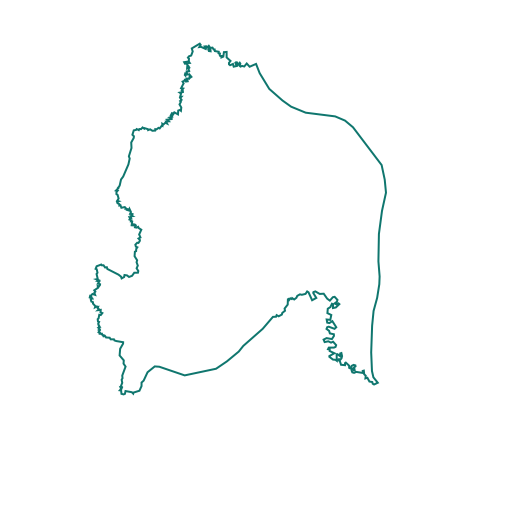 outline of Rattanawapi, Nong Khai, Thailand, rotated 112°
{"feature_id": "78962969B97368388626717", "entity_name": "Rattanawapi", "entity_type": "district", "adm_level": 2, "iso_a3": "THA", "parent_name": "Thailand", "parent_adm1": "Nong Khai", "projection": "mercator", "projection_center": [103.26, 18.207], "detail": "fine", "context": "isolated", "style": "outline", "palette": "teal", "viewbox_px": 512, "rotation_deg": 112, "n_neighbors": 0, "source": "geoboundaries", "source_scale": "gbopen_adm2", "svg_char_len": 6103}
<svg xmlns="http://www.w3.org/2000/svg" viewBox="0 0 512 512"><g transform="rotate(112 256 256)"><path d="M321.9,396.3L325.2,399.9L328.0,399.9L328.0,398.7L330.9,396.7L332.4,397.1L336.6,394.1L337.4,395.3L337.4,392.7L338.6,393.6L338.4,391.8L340.7,392.2L340.6,390.0L341.3,389.8L343.3,390.3L343.1,391.5L344.7,390.6L348.4,393.1L349.3,391.6L350.6,392.1L352.3,390.6L352.5,393.4L354.6,394.3L355.9,393.0L355.4,394.8L356.8,394.6L356.8,392.1L358.4,392.8L359.9,391.6L359.9,389.9L361.2,389.3L362.7,386.1L363.9,386.0L362.4,384.7L362.9,384.0L362.4,383.3L363.7,383.2L364.2,381.6L365.4,382.2L364.1,379.8L366.4,379.1L366.5,377.1L368.9,377.8L369.2,379.3L372.8,378.6L373.9,379.1L375.9,378.0L375.9,376.8L378.1,376.9L379.8,374.9L379.8,375.5L381.3,374.5L381.7,375.1L382.5,373.5L383.4,374.0L383.5,373.0L385.6,373.4L385.6,372.1L387.5,371.9L386.4,371.7L385.8,369.8L386.5,369.6L386.6,368.1L387.4,368.8L386.6,367.1L387.4,366.9L386.8,365.8L387.7,364.5L386.6,361.1L387.7,359.5L386.5,356.5L387.3,355.6L387.2,353.7L385.7,346.9L387.1,346.4L392.9,347.2L399.3,345.2L402.3,339.5L405.4,338.5L407.4,335.5L417.0,335.2L419.3,334.0L421.1,334.2L423.7,332.5L427.2,332.5L427.8,331.0L429.1,331.0L429.0,332.0L429.7,331.3L431.5,331.9L431.2,330.7L434.2,329.1L433.9,326.9L432.9,325.9L430.1,326.4L428.8,320.1L429.6,318.3L428.5,318.4L424.6,313.6L419.5,313.4L416.2,314.7L413.7,313.5L404.4,313.0L396.3,308.5L394.9,304.2L393.4,277.4L375.5,250.8L364.6,243.5L351.1,236.2L344.1,234.1L321.0,222.5L306.1,217.5L304.8,214.7L303.1,214.7L303.4,212.4L300.6,210.1L298.9,210.3L295.9,208.6L294.0,209.8L289.2,208.4L284.2,210.2L283.6,209.7L284.3,208.8L282.4,208.3L282.5,206.8L281.5,206.7L282.0,204.3L279.6,202.9L277.5,202.8L275.1,200.9L274.8,199.0L272.6,195.9L269.7,195.3L270.0,193.7L276.0,187.4L272.3,184.4L268.8,189.1L267.9,189.2L266.6,187.7L267.3,182.7L265.6,179.1L268.9,174.0L269.7,170.8L265.4,169.3L264.4,167.8L266.2,164.0L268.2,163.9L270.6,165.4L270.7,163.4L269.0,161.8L269.4,160.7L273.8,162.7L275.4,165.1L271.9,166.5L271.8,167.7L275.5,167.9L278.0,169.7L282.2,168.4L282.5,164.1L287.4,163.2L288.4,166.7L291.1,165.0L290.7,162.9L287.8,160.8L292.0,154.9L294.1,155.9L294.3,162.1L295.3,163.3L297.2,163.3L298.0,160.2L300.1,158.5L299.4,154.5L300.9,153.8L304.6,154.5L305.7,159.8L308.2,162.0L310.1,160.1L308.0,157.0L308.2,154.0L306.6,152.4L308.6,148.3L310.5,148.2L311.7,149.4L313.7,154.2L315.4,154.3L315.0,152.7L316.5,152.1L316.8,146.9L321.3,150.5L322.0,150.2L323.2,145.8L322.5,143.5L322.9,141.8L317.0,144.4L316.5,143.7L317.4,140.5L314.8,141.4L314.0,140.5L316.6,138.7L318.9,138.4L320.7,139.0L320.5,140.4L321.3,140.9L322.5,138.5L325.0,136.4L323.9,132.6L322.0,133.3L321.2,132.8L322.8,128.6L324.8,127.7L324.9,126.5L322.0,126.1L320.4,124.7L320.2,122.9L321.0,122.4L322.5,123.3L325.0,121.7L325.3,122.5L323.8,124.0L324.5,124.7L326.3,124.5L327.8,123.1L327.6,121.3L325.9,119.6L324.4,113.1L322.6,114.0L321.9,113.1L325.1,111.4L325.9,109.4L328.5,108.7L327.2,107.1L329.9,103.8L329.3,101.0L330.7,99.9L330.9,98.4L327.9,95.6L324.5,101.7L319.2,105.4L302.2,113.1L277.2,122.2L262.9,126.4L249.4,128.0L236.0,131.1L228.7,133.7L215.1,140.5L189.5,150.3L166.9,156.1L148.6,159.2L136.9,165.3L124.6,173.6L100.3,214.3L97.1,224.2L96.9,234.9L104.5,263.6L104.4,279.4L101.9,289.7L96.1,306.3L85.1,321.1L77.9,327.9L82.9,332.8L81.0,336.7L84.7,337.9L85.0,340.2L86.2,341.3L85.8,342.5L83.5,342.6L82.9,343.5L85.3,344.4L83.6,346.2L83.9,347.1L84.6,347.5L87.1,345.1L88.8,347.6L86.6,349.3L88.8,351.5L88.4,352.8L87.1,353.4L84.7,352.7L82.9,357.6L77.8,359.7L79.0,362.1L83.4,361.0L84.8,362.4L83.5,362.9L84.0,364.0L83.1,365.1L81.8,365.3L82.0,366.7L80.6,367.1L81.4,370.9L80.0,371.7L80.4,372.6L79.1,374.4L80.2,376.3L83.2,374.8L83.6,376.5L82.4,377.6L79.5,377.4L78.8,378.5L80.7,379.3L80.2,380.8L80.9,382.0L82.0,380.2L82.9,380.1L82.7,385.4L83.5,386.8L81.0,386.4L80.2,387.7L87.6,393.3L90.1,391.3L94.4,391.2L96.0,393.0L97.6,393.4L98.1,392.1L100.8,391.2L101.8,389.8L102.4,391.2L101.2,391.9L103.2,395.2L104.3,393.9L103.0,392.4L103.9,392.8L103.9,391.4L107.4,390.3L105.5,389.5L106.4,388.3L107.8,388.8L110.2,386.6L109.8,387.6L110.9,389.4L112.7,388.3L113.1,390.0L114.8,389.8L115.2,388.9L114.0,388.9L112.6,385.8L114.1,383.0L115.0,383.6L113.7,384.9L116.7,384.4L117.4,386.6L119.6,384.8L120.5,386.3L118.4,388.4L119.9,387.6L121.8,389.4L123.0,387.8L128.4,388.3L128.0,386.3L130.9,387.3L129.5,386.2L131.3,385.2L133.1,387.9L133.5,386.3L136.8,386.0L136.3,384.8L137.9,385.4L139.1,383.5L140.7,384.4L141.2,383.4L144.1,383.7L146.3,380.9L149.5,380.0L149.1,381.3L150.3,382.6L153.9,381.4L153.4,385.6L154.3,385.9L154.9,384.9L154.8,385.6L156.3,386.0L155.9,386.7L155.0,386.3L155.0,387.4L157.7,387.7L158.4,386.1L159.8,387.8L159.9,385.8L160.6,385.5L162.9,389.5L163.8,387.3L165.0,389.8L166.5,388.1L166.4,390.0L168.8,391.1L168.5,392.4L170.5,391.5L170.5,392.2L173.8,393.1L173.7,394.4L175.9,395.7L176.1,396.9L177.5,396.5L178.7,399.0L178.2,401.6L179.7,403.2L178.9,403.8L179.2,407.2L179.8,407.3L179.3,409.3L181.4,410.1L182.0,411.7L183.2,411.8L183.0,414.2L184.1,414.5L185.3,416.4L189.9,416.0L190.7,414.1L192.3,413.6L197.5,414.2L202.5,411.9L211.2,411.2L213.0,409.6L218.9,408.6L232.1,408.9L235.6,409.8L241.7,408.8L244.3,409.2L244.3,410.2L244.9,409.1L247.7,410.3L247.4,408.8L249.0,409.3L250.9,408.6L251.2,407.2L254.2,404.9L256.8,405.4L256.7,403.8L257.9,405.1L258.9,404.2L259.1,402.2L260.4,401.6L259.7,400.7L261.7,398.9L259.8,396.0L260.5,394.5L261.1,394.6L260.7,392.8L261.6,392.9L261.4,390.8L259.8,390.9L262.1,388.4L264.1,388.5L263.4,386.2L264.6,385.9L265.2,387.4L265.4,385.7L266.1,387.1L267.4,386.1L267.6,387.7L268.6,386.7L269.6,386.9L269.6,384.9L270.8,384.9L270.5,383.7L274.1,382.8L273.5,380.9L272.5,381.3L272.2,380.2L272.6,378.9L274.7,378.9L274.5,377.5L273.1,376.2L274.0,375.4L274.6,372.2L279.8,372.4L282.1,370.1L283.8,371.5L284.7,369.6L285.7,369.4L287.9,369.9L288.2,371.1L290.7,372.1L292.3,370.9L292.4,369.3L294.3,369.7L296.4,369.0L297.4,369.9L301.7,368.5L304.5,364.6L306.5,364.4L309.2,362.0L312.1,362.1L314.0,359.5L315.7,359.2L317.1,362.6L320.8,363.5L323.0,365.9L322.3,368.3L322.9,370.8L324.9,370.4L327.1,372.2L325.7,373.4L324.8,376.5L323.7,389.0L322.3,390.1L323.2,391.6L321.7,393.9L322.4,395.4L321.9,396.3Z" fill="none" stroke="#0f766e" stroke-width="2"/></g></svg>